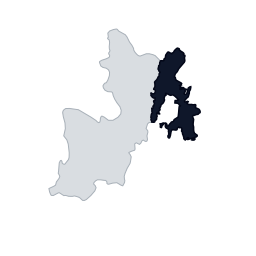 where Leninabad sits in Tajikistan, rotated 115°
{"feature_id": "TJK-369", "entity_name": "Leninabad", "entity_type": "Region", "adm_level": 1, "iso_a3": "TJK", "parent_name": "Tajikistan", "parent_adm1": "", "projection": "albers", "projection_center": [69.514, 39.97], "detail": "fine", "context": "in_parent", "style": "filled", "palette": "ink", "viewbox_px": 256, "rotation_deg": 115, "n_neighbors": 0, "source": "natural_earth", "source_scale": "10m", "svg_char_len": 8892}
<svg xmlns="http://www.w3.org/2000/svg" viewBox="0 0 256 256"><g transform="rotate(115 128 128)"><path d="M43.1,179.5L44.1,177.3L44.6,169.9L45.9,167.4L49.5,162.9L51.4,159.4L53.5,156.6L55.0,155.7L56.5,153.5L57.6,150.9L58.0,149.3L57.9,148.1L57.5,147.2L53.0,142.8L51.7,140.0L51.0,136.4L50.9,134.0L53.4,127.3L53.0,126.2L52.3,125.1L50.9,124.4L48.9,124.1L44.4,124.3L42.7,123.9L42.2,123.5L42.1,120.4L41.6,119.8L40.9,119.2L35.8,117.6L34.8,117.0L34.7,116.2L36.6,109.4L37.4,109.0L39.4,106.7L43.6,104.8L57.3,107.6L59.5,107.9L61.1,107.7L62.1,106.9L64.0,104.7L65.3,98.5L66.4,98.3L67.5,98.6L68.1,98.1L68.5,96.6L69.0,96.4L69.8,97.2L70.7,96.5L70.6,95.9L69.6,94.9L68.8,93.3L69.2,92.1L72.7,91.5L73.1,91.0L73.0,90.1L72.1,89.5L65.4,89.7L65.0,89.1L65.2,88.5L65.7,88.1L72.7,86.9L79.1,88.0L80.2,87.7L78.9,84.9L80.6,84.7L80.9,83.8L78.6,76.5L79.9,75.8L81.1,74.4L81.0,71.7L82.1,70.3L83.4,69.4L85.4,70.4L88.4,73.0L90.3,73.7L100.1,68.7L103.7,66.5L104.3,65.6L105.5,62.3L106.2,62.1L107.1,62.4L112.1,68.0L112.1,68.7L111.6,69.3L111.7,69.8L114.3,71.0L114.3,71.5L113.4,73.2L105.9,79.8L105.6,81.9L106.3,82.6L109.4,83.7L111.1,87.1L112.3,87.4L119.3,86.2L119.4,86.7L119.1,87.7L114.3,89.5L112.1,91.0L111.7,93.6L111.1,94.4L110.1,95.0L109.1,95.1L107.6,92.1L96.3,87.5L86.1,90.8L84.7,93.1L85.1,95.2L84.9,96.2L83.8,96.5L80.9,94.7L80.2,96.2L79.1,101.0L80.3,103.9L80.7,108.2L84.6,108.0L87.7,106.7L89.3,106.7L91.8,107.2L96.1,107.3L100.4,107.2L101.2,106.3L102.1,106.6L102.9,107.6L106.4,106.4L108.9,106.2L111.4,106.9L114.4,111.4L116.0,112.0L120.8,111.4L122.2,108.9L123.4,108.2L127.1,107.5L130.1,105.5L131.7,105.3L132.5,105.9L132.8,106.8L132.5,109.1L133.6,109.9L136.5,110.0L138.0,110.7L137.9,114.2L139.2,115.1L139.8,115.1L144.1,112.7L145.3,112.6L147.9,115.3L149.9,116.9L150.3,116.6L151.2,114.8L152.8,112.9L157.6,111.5L159.3,111.2L164.9,111.7L170.4,111.5L173.4,111.0L175.7,109.7L176.9,108.7L178.8,108.1L182.6,108.3L182.8,109.9L182.3,115.0L184.5,118.7L187.1,121.7L187.4,122.7L187.2,123.6L185.7,124.4L185.2,125.3L185.0,126.3L185.5,127.4L186.6,131.0L187.8,133.7L189.5,135.0L191.9,135.8L193.3,135.5L194.1,133.4L195.6,131.7L199.1,131.5L204.8,133.1L210.4,135.5L212.1,136.9L212.8,138.6L211.5,142.6L211.7,145.1L212.2,147.8L213.6,149.7L215.0,153.0L215.4,155.9L216.4,157.6L215.7,162.9L216.2,163.7L220.8,167.2L221.5,169.1L220.6,170.4L219.0,172.1L216.3,174.1L212.1,170.6L210.4,169.5L207.1,170.1L202.8,169.2L200.6,169.4L199.4,170.8L198.5,172.1L196.4,172.7L188.6,175.6L186.2,175.5L185.6,174.9L186.0,173.9L187.7,172.7L188.0,171.3L187.6,170.0L181.7,168.6L179.4,169.0L175.3,170.8L167.8,175.4L164.6,178.4L162.3,182.9L155.1,184.5L150.1,187.2L145.1,191.4L141.7,193.7L140.1,194.1L138.4,193.7L136.7,192.7L135.0,189.3L132.4,180.7L133.8,166.2L134.7,160.3L135.5,158.2L135.5,156.8L134.7,156.1L133.2,156.2L130.9,157.1L129.2,157.2L128.2,156.7L128.2,154.0L129.3,149.0L127.4,144.9L122.5,141.6L118.3,140.5L114.9,141.6L112.1,144.3L109.8,148.7L107.4,152.3L105.0,155.0L102.6,156.9L102.2,158.1L103.6,161.7L103.5,164.8L102.0,167.3L100.4,168.5L98.6,168.4L97.1,167.9L96.1,166.8L93.2,166.5L88.4,167.0L85.2,168.3L83.5,170.3L83.0,173.0L83.7,176.3L83.3,178.8L80.6,181.6L79.7,181.8L77.6,180.3L74.5,177.0L72.3,175.2L71.1,174.9L69.8,175.4L69.0,176.8L68.0,177.2L66.5,176.9L65.2,177.2L64.4,178.2L62.2,179.4L58.3,180.8L56.2,182.2L55.8,183.8L55.2,184.5L54.0,184.2L50.5,186.4L47.8,185.6L44.9,182.8L43.2,180.4L43.1,179.5ZM113.5,98.9L111.5,100.1L110.2,100.0L108.6,97.8L108.4,97.2L112.6,98.0L113.4,98.2L113.5,98.9ZM112.0,65.0L111.3,65.1L110.0,63.7L109.6,62.7L110.1,62.4L111.1,63.1L111.9,64.3L112.0,65.0Z" fill="#d9dde1" stroke="#a8b0b8" stroke-width="1"/><path d="M119.4,86.2L119.8,86.9L119.5,87.7L118.7,88.3L118.0,88.5L116.7,88.3L116.4,88.4L115.8,88.8L115.6,88.6L115.3,88.9L114.4,89.7L114.1,89.9L112.6,90.4L112.0,91.0L111.9,91.8L111.9,92.7L111.7,93.8L111.4,94.3L111.0,94.7L110.6,95.0L110.1,95.2L109.1,95.3L108.8,95.4L108.6,95.7L108.5,96.4L108.3,96.6L107.8,96.5L107.6,96.1L107.6,95.5L107.8,95.0L108.1,94.5L109.2,93.8L109.6,93.1L109.3,92.6L108.8,92.2L108.2,92.0L106.4,91.8L105.5,91.4L104.6,91.3L104.2,91.1L103.2,89.9L102.7,89.6L102.2,89.6L101.0,89.7L100.5,89.5L97.2,87.3L96.3,87.3L87.2,90.6L86.8,90.6L86.4,90.6L86.3,90.4L86.0,90.0L85.8,89.9L85.7,90.1L85.6,90.8L85.1,91.5L84.7,92.2L84.6,93.0L84.7,93.9L84.9,94.3L84.9,94.7L85.4,95.7L85.5,96.1L83.2,96.9L82.1,95.0L81.4,94.2L81.1,94.1L81.0,94.4L80.9,94.7L80.4,95.7L79.3,98.9L79.1,100.1L79.0,101.3L79.2,101.9L79.5,102.3L79.9,102.6L80.3,103.0L80.4,103.5L80.5,104.1L80.4,107.8L80.7,108.5L81.6,108.1L81.8,107.9L81.9,107.5L82.2,107.4L82.9,108.0L83.4,108.2L84.4,108.0L85.3,108.0L85.8,107.8L86.2,107.6L86.9,106.9L87.3,106.7L89.4,106.6L90.4,106.7L91.3,107.0L92.3,107.6L93.2,107.9L95.0,107.5L96.0,107.6L96.7,107.9L96.9,107.7L97.2,107.2L97.6,106.8L98.1,106.7L98.6,106.7L99.1,106.8L99.9,107.3L100.3,107.4L100.7,107.3L100.9,107.0L101.5,105.5L101.9,105.3L102.1,105.6L102.2,106.1L102.2,106.6L102.0,107.7L102.0,108.2L102.4,108.3L102.8,108.2L104.9,106.7L105.2,106.5L106.0,106.7L106.3,106.6L106.6,106.3L108.0,105.8L108.4,105.8L108.7,105.9L109.2,106.4L109.5,106.5L109.9,106.6L110.8,106.4L111.2,106.4L111.8,106.9L112.1,107.5L112.6,109.0L111.7,109.6L111.4,109.8L111.2,110.1L111.0,110.6L110.5,110.8L109.1,111.1L108.9,111.6L108.6,111.8L108.3,111.9L105.9,112.6L104.9,112.7L104.7,112.6L104.2,112.2L103.9,112.2L103.8,112.3L103.6,112.6L103.4,112.9L103.2,113.2L100.7,114.4L100.1,114.8L100.0,114.7L99.9,114.1L99.8,113.9L99.7,113.8L99.4,113.7L99.1,113.8L98.4,114.1L97.7,114.6L97.4,114.5L97.2,114.1L94.4,114.5L94.1,114.8L93.6,115.6L93.1,116.0L92.7,116.2L92.0,116.0L91.8,115.9L91.5,115.2L91.0,115.3L89.3,116.2L89.4,116.5L89.9,117.0L90.0,117.4L89.9,118.7L89.7,119.2L89.5,119.6L88.9,120.1L88.9,120.4L89.0,120.7L88.9,120.9L88.6,121.0L87.8,121.3L87.5,121.4L86.8,122.0L86.7,122.0L86.5,121.9L86.4,121.6L86.6,120.9L86.6,120.5L86.6,120.2L86.4,119.6L86.3,119.3L85.4,118.5L85.1,118.5L83.1,118.7L82.7,118.9L82.4,119.1L82.2,119.4L82.1,119.8L82.1,120.9L82.0,121.1L81.8,121.2L81.4,121.2L79.1,121.1L78.7,121.2L78.2,121.5L76.4,122.4L75.9,122.9L75.1,123.3L73.8,123.0L73.2,122.7L71.7,122.3L70.4,122.2L68.9,122.3L68.7,122.2L68.4,121.9L67.9,121.8L65.7,122.7L64.1,122.6L63.9,122.6L63.7,122.8L63.3,124.1L62.6,124.6L62.2,125.3L61.9,125.6L61.1,125.9L60.6,126.0L60.0,126.0L58.6,126.5L57.7,126.1L57.4,126.1L57.1,126.2L55.7,126.7L55.3,126.9L54.1,126.9L53.5,127.0L53.0,126.4L52.3,124.6L51.9,124.1L51.7,124.1L51.1,124.1L50.7,124.4L50.3,124.5L50.0,124.4L49.6,124.1L49.4,124.0L49.0,123.8L48.7,123.8L46.2,124.6L45.6,124.6L42.6,124.1L42.1,123.6L42.0,122.9L42.3,120.5L42.3,120.1L42.1,119.7L41.6,119.8L41.4,119.7L41.0,119.1L40.1,118.7L38.1,118.6L35.3,117.5L34.7,116.9L34.5,115.7L34.6,115.0L35.0,114.7L35.4,114.7L35.6,114.6L35.8,113.6L36.1,112.6L36.2,111.5L36.3,110.3L36.7,109.1L36.9,108.8L37.2,108.8L37.9,108.9L38.2,108.7L38.3,108.6L38.1,107.3L38.6,106.8L40.5,106.6L42.7,105.1L43.6,104.8L44.7,104.8L52.7,107.1L56.2,107.2L58.1,107.9L59.2,108.0L60.4,107.9L61.9,107.6L62.3,107.4L62.1,106.8L62.4,106.3L63.4,105.7L64.0,105.1L64.3,104.5L64.4,103.8L64.7,98.9L65.0,98.2L65.6,98.4L66.4,97.7L66.7,98.0L67.4,99.0L67.7,99.2L67.8,99.0L67.9,98.5L68.1,98.0L68.5,97.9L68.8,97.3L68.8,96.8L68.3,95.7L68.0,95.1L68.0,94.5L68.1,94.3L68.6,94.6L69.1,95.6L69.4,97.0L69.9,97.8L70.9,97.4L70.9,96.7L68.8,93.8L68.7,93.5L68.7,93.3L68.7,92.6L68.7,92.4L68.2,92.1L68.2,91.8L68.5,91.2L68.9,91.5L69.4,92.5L69.7,92.4L70.5,91.7L71.0,91.5L72.7,91.8L73.2,91.7L73.4,91.3L73.5,90.9L73.4,90.4L73.2,90.0L72.2,89.2L66.5,90.3L65.7,90.0L64.6,89.3L64.0,88.6L64.5,88.3L66.8,87.7L67.3,87.7L68.6,87.9L69.2,87.8L70.0,87.4L70.4,87.2L74.2,86.6L74.8,86.7L76.3,87.5L78.4,88.1L79.5,88.2L80.4,87.8L80.4,87.1L78.7,85.5L78.6,84.6L79.3,84.6L80.1,84.9L80.9,84.8L81.1,83.3L80.9,82.6L80.7,82.0L80.1,80.9L79.8,80.4L79.4,78.7L78.4,77.1L78.4,76.5L79.3,75.9L80.7,75.8L81.0,75.6L81.1,75.2L81.0,73.5L81.0,72.4L81.1,71.5L81.5,70.7L82.1,70.0L82.4,69.7L82.8,69.5L83.5,69.2L83.9,69.3L84.5,69.8L84.9,70.1L85.6,70.1L86.2,70.6L87.1,72.0L87.3,72.3L87.9,72.7L88.2,73.0L88.8,74.0L89.1,74.3L89.8,74.5L90.5,74.3L91.0,73.8L92.0,72.6L92.4,72.2L92.9,72.0L97.2,70.6L99.4,68.9L101.7,67.9L103.4,66.9L104.7,65.4L105.3,62.2L106.1,61.9L107.2,62.4L108.0,63.3L108.8,64.0L113.2,68.9L113.2,69.5L112.7,69.3L111.9,68.7L111.5,68.7L111.2,69.1L111.3,69.6L111.7,70.1L113.8,70.6L114.7,71.1L114.4,72.4L114.1,72.6L113.9,73.0L113.3,73.2L111.3,74.9L110.5,75.9L110.2,76.2L109.2,76.6L108.9,76.9L108.3,77.9L108.1,78.2L106.3,78.7L105.6,79.1L105.2,79.7L105.3,80.5L106.0,81.5L105.6,82.5L106.8,83.0L107.3,83.2L108.7,82.9L109.2,83.1L109.8,84.1L110.2,85.5L110.6,86.8L111.5,87.5L112.5,87.5L113.5,87.4L116.8,86.4L118.9,86.2L119.4,86.2ZM108.4,97.2L108.8,97.2L111.6,98.1L112.4,98.1L113.2,97.8L113.5,97.9L113.6,98.4L113.6,99.0L113.4,99.2L112.6,99.4L111.9,99.7L110.7,100.7L109.9,99.5L109.7,99.2L108.9,98.6L108.6,98.2L108.4,97.7L108.4,97.2ZM109.9,62.6L110.6,62.8L111.1,63.3L111.4,63.8L111.7,64.6L111.8,65.1L111.3,65.0L110.9,64.6L110.2,63.7L109.8,63.3L109.6,62.7L109.9,62.6Z" fill="#0f172a" stroke="#020617" stroke-width="1.5"/></g></svg>